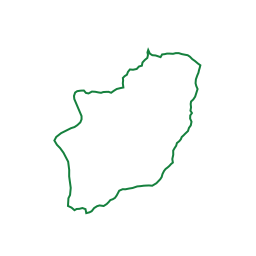 outline of São José do Brejo do Cruz, Paraíba, Brazil, rotated 141°
{"feature_id": "56859067B98601062651136", "entity_name": "São José do Brejo do Cruz", "entity_type": "district", "adm_level": 2, "iso_a3": "BRA", "parent_name": "Brazil", "parent_adm1": "Paraíba", "projection": "robinson", "projection_center": [-37.369, -6.238], "detail": "fine", "context": "isolated", "style": "outline", "palette": "green", "viewbox_px": 256, "rotation_deg": 141, "n_neighbors": 0, "source": "geoboundaries", "source_scale": "gbopen_adm2", "svg_char_len": 1836}
<svg xmlns="http://www.w3.org/2000/svg" viewBox="0 0 256 256"><g transform="rotate(141 128 128)"><path d="M223.7,105.2L222.0,101.7L221.3,97.8L218.9,97.4L216.7,95.8L213.8,94.5L212.1,91.7L214.0,88.1L211.0,86.7L208.6,86.2L204.7,87.1L201.2,86.7L198.8,85.7L196.0,82.7L192.4,82.3L189.6,82.6L187.1,83.1L184.6,82.2L182.1,81.9L179.2,82.7L174.3,84.8L170.7,83.8L168.4,81.9L165.5,80.4L162.2,78.5L157.6,76.8L154.8,74.9L152.0,73.2L147.9,70.2L145.5,67.9L140.7,67.2L135.2,67.9L132.7,68.7L130.2,70.5L127.1,71.9L124.6,72.5L122.0,72.4L119.7,72.5L117.2,72.9L114.9,72.9L113.1,76.0L109.7,78.7L107.1,82.0L104.3,83.1L101.7,83.9L99.5,85.5L96.4,85.5L94.0,86.0L91.9,87.2L89.7,87.3L87.2,87.6L83.3,87.9L80.6,89.7L77.6,90.5L74.7,92.9L73.8,96.2L71.7,98.6L68.9,99.4L68.6,102.1L66.0,104.4L64.2,107.2L62.3,108.9L59.3,109.1L56.1,110.1L52.9,112.2L49.4,114.5L48.5,117.7L47.3,120.3L44.6,123.1L41.0,125.3L38.5,126.6L36.5,128.2L34.3,129.7L32.3,131.2L33.1,134.2L33.8,137.9L34.7,141.1L35.0,144.4L35.8,147.0L37.7,149.2L39.7,151.6L41.4,154.2L43.7,156.1L46.3,157.3L48.6,159.4L50.9,161.3L53.0,162.3L55.2,163.7L58.1,162.6L59.5,164.8L60.9,167.0L63.3,169.3L64.2,172.1L63.2,175.9L65.3,174.5L66.5,172.2L68.9,170.3L72.0,170.3L75.5,169.8L78.0,167.7L80.8,168.9L84.1,168.4L87.4,170.1L89.7,172.3L92.8,171.6L95.3,170.1L98.0,170.4L100.5,170.1L101.8,168.1L103.9,166.0L106.1,162.4L109.0,163.9L112.2,165.4L115.4,165.8L118.9,166.0L120.4,168.4L122.5,170.0L124.6,171.5L126.8,172.3L128.7,174.4L130.6,176.7L133.1,179.0L136.9,179.7L138.6,181.7L138.7,184.9L141.4,186.9L144.3,188.6L146.8,188.8L149.8,186.9L151.5,184.3L156.6,166.5L158.6,164.0L161.5,162.4L165.6,162.1L169.0,162.4L172.3,163.7L183.2,166.1L189.4,166.2L193.1,164.6L193.8,159.7L193.4,155.2L193.7,149.4L195.7,139.5L200.1,132.4L204.2,127.4L210.2,117.5L215.2,112.4L218.5,110.9L223.7,105.2Z" fill="none" stroke="#15803d" stroke-width="2"/></g></svg>